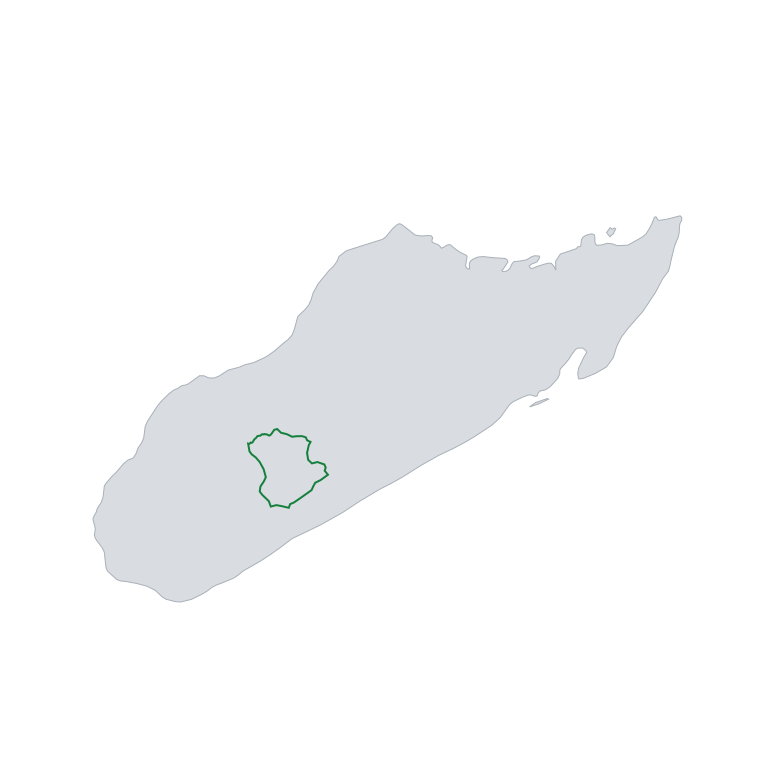 location of Haute Matsiatra within Madagascar, rotated 44°
{"feature_id": "MDG-5873", "entity_name": "Haute Matsiatra", "entity_type": "Autonomous Province", "adm_level": 1, "iso_a3": "MDG", "parent_name": "Madagascar", "parent_adm1": "", "projection": "natural_earth1", "projection_center": [46.02, -21.511], "detail": "fine", "context": "in_parent", "style": "outline", "palette": "green", "viewbox_px": 768, "rotation_deg": 44, "n_neighbors": 0, "source": "natural_earth", "source_scale": "10m", "svg_char_len": 4721}
<svg xmlns="http://www.w3.org/2000/svg" viewBox="0 0 768 768"><g transform="rotate(44 384 384)"><path d="M493.8,74.4L495.7,79.4L497.9,84.3L504.8,96.0L507.7,100.5L510.2,105.3L511.4,114.9L515.7,129.7L519.8,152.1L520.9,175.0L522.2,185.5L525.3,195.4L530.6,205.7L532.2,217.1L528.9,228.9L524.2,240.0L523.0,242.1L520.8,244.9L519.8,244.8L516.1,241.9L513.0,237.3L509.2,226.2L507.9,220.6L506.2,219.7L501.7,220.2L498.4,223.7L497.8,225.9L498.5,232.1L499.7,237.7L500.2,243.4L500.3,250.6L501.5,252.7L503.3,254.5L505.1,259.2L505.4,270.4L504.2,276.0L501.0,280.9L501.2,283.5L502.4,286.3L501.2,287.9L497.0,290.0L495.3,291.9L493.0,296.8L489.2,306.9L488.7,312.0L490.9,327.6L490.2,338.7L485.4,359.9L482.6,370.0L478.7,382.0L472.8,397.8L466.9,417.7L461.9,438.2L458.2,450.5L454.0,462.7L448.2,484.1L443.3,505.9L436.1,529.8L426.2,556.5L425.1,560.0L423.0,573.7L420.8,585.5L418.1,597.2L412.5,616.6L411.9,622.6L410.6,628.3L405.3,640.5L403.1,645.0L401.5,649.8L400.6,655.9L399.0,661.8L395.1,672.6L389.3,681.9L385.4,685.3L376.9,690.2L372.6,691.2L363.1,691.3L353.9,694.1L344.3,699.5L335.0,705.7L331.5,708.6L327.6,710.3L315.4,710.7L311.7,709.3L299.5,699.2L294.7,697.5L285.8,696.1L283.1,695.3L280.6,693.9L276.9,688.6L269.7,684.2L268.0,682.8L266.9,679.7L266.1,676.3L264.2,672.6L262.8,665.5L260.5,660.6L253.8,651.8L253.0,649.0L252.5,639.7L252.7,633.4L252.0,621.9L252.7,616.5L255.0,611.6L254.0,606.3L251.5,600.8L250.6,595.0L248.7,589.8L241.7,580.4L240.0,575.8L238.9,571.0L236.1,556.0L235.8,550.8L236.1,539.8L237.1,534.2L238.8,530.2L239.2,527.3L240.3,524.7L241.9,522.7L243.0,520.3L245.6,506.2L248.9,503.1L253.8,501.3L257.7,497.6L259.9,492.7L262.2,482.4L268.3,472.3L270.5,466.9L275.5,458.9L279.9,447.5L281.2,442.2L282.2,436.7L283.3,424.7L284.1,418.7L283.9,412.8L281.4,406.7L275.3,395.7L275.1,393.6L275.5,385.4L275.0,379.5L272.8,373.6L269.9,368.0L267.0,357.6L265.6,340.4L265.9,334.2L265.0,328.6L263.0,323.4L264.4,314.2L282.5,280.8L283.1,276.9L282.3,266.7L282.7,260.8L283.3,258.6L284.7,257.4L287.8,256.7L302.5,255.3L304.4,254.3L308.1,251.5L313.1,246.0L315.4,244.5L317.4,245.0L318.7,247.4L320.4,248.6L326.3,246.2L328.6,246.1L330.9,246.5L332.0,244.2L332.6,241.2L333.5,239.1L335.1,237.8L342.7,237.2L347.6,236.3L353.9,234.2L355.3,234.6L360.4,242.2L361.9,242.9L363.9,243.2L365.6,241.8L361.5,237.8L360.9,235.6L361.1,233.0L363.3,227.5L367.0,223.3L375.2,217.0L383.8,209.6L386.3,209.1L388.4,210.2L390.0,218.9L389.8,220.4L391.1,220.6L392.7,219.5L394.2,216.0L394.2,213.1L393.1,210.3L392.5,207.9L392.5,205.7L396.8,200.6L400.2,195.7L401.8,189.9L403.2,187.2L406.8,184.1L407.9,184.6L408.7,187.1L409.2,189.7L408.2,192.3L406.9,194.9L406.4,198.3L408.4,198.9L410.3,198.1L413.1,191.9L416.3,186.1L418.2,183.0L420.6,180.9L424.6,181.3L428.5,182.7L422.2,176.5L420.6,168.0L428.2,153.4L428.2,150.4L429.3,149.4L429.8,148.2L426.0,143.3L425.2,140.8L425.8,137.1L427.6,133.8L429.3,131.5L431.7,130.6L433.6,131.9L437.8,136.0L440.6,136.6L444.0,132.7L446.8,127.8L451.0,124.5L455.8,122.4L463.0,114.7L467.8,98.7L468.2,94.0L467.1,88.4L465.5,83.0L462.7,76.3L463.4,74.8L467.4,75.7L468.7,74.7L473.1,68.8L480.2,57.3L482.5,57.4L484.5,59.5L485.3,62.6L486.7,64.9L491.4,70.3L493.8,74.4ZM444.2,119.4L444.3,121.2L438.9,120.4L438.0,114.4L440.7,114.2L441.3,111.7L442.9,111.4L444.6,116.8L444.2,119.4ZM509.3,290.5L504.6,299.4L506.0,292.0L511.4,281.3L512.9,280.5L509.3,290.5Z" fill="#d9dde1" stroke="#a8b0b8" stroke-width="1"/><path d="M337.7,526.5L334.1,525.9L327.7,521.3L328.1,521.1L328.4,521.0L328.5,520.9L328.7,520.7L328.8,520.5L328.8,520.3L328.8,519.7L328.7,519.2L328.7,518.9L328.8,518.7L329.6,518.3L329.7,518.1L329.8,517.9L329.9,517.6L329.9,517.3L329.9,517.1L329.2,513.9L329.2,513.6L329.2,513.3L329.4,512.2L329.4,511.9L329.4,511.3L329.2,510.0L329.1,509.7L329.2,509.4L329.3,509.2L330.8,507.2L331.0,506.8L331.0,506.5L331.1,506.2L331.0,505.3L331.1,505.1L331.2,504.9L331.3,504.7L331.5,504.6L332.0,504.4L332.3,504.1L332.4,503.6L332.5,503.4L332.7,503.2L332.8,503.0L333.0,502.9L333.3,502.9L333.5,502.8L333.6,502.6L333.8,502.4L333.9,502.2L334.3,502.0L334.9,501.6L335.3,501.5L335.5,501.4L335.9,501.2L336.7,501.1L337.0,501.0L337.2,500.9L337.3,500.8L337.4,500.6L337.5,500.3L337.6,500.1L337.7,498.9L337.7,498.3L336.9,493.3L336.9,493.1L337.0,492.8L337.1,492.6L337.6,492.2L337.8,491.8L338.4,490.6L343.8,490.6L348.9,487.6L354.5,485.8L357.6,482.1L361.2,478.5L364.8,476.7L367.8,477.9L371.4,476.7L372.4,480.3L376.5,487.0L382.1,491.2L387.3,491.2L390.3,486.4L397.0,483.3L400.1,484.6L401.6,487.6L406.7,488.2L405.1,497.3L403.1,502.8L404.1,506.4L405.6,510.7L403.0,524.6L401.5,531.9L399.9,535.6L401.5,539.2L395.3,542.9L390.7,545.9L387.7,550.8L382.6,548.3L378.5,548.3L373.4,548.3L369.3,547.7L366.3,543.5L365.2,537.4L363.7,533.1L356.6,528.9L348.9,526.5L342.8,525.9L337.7,526.5Z" fill="none" stroke="#15803d" stroke-width="2"/></g></svg>